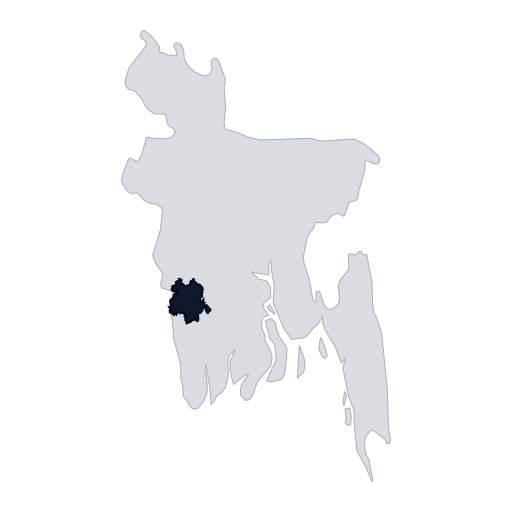 Jessore, Khulna, Bangladesh (highlighted)
{"feature_id": "16705992B28022870637862", "entity_name": "Jessore", "entity_type": "district", "adm_level": 2, "iso_a3": "BGD", "parent_name": "Bangladesh", "parent_adm1": "Khulna", "projection": "equal_earth", "projection_center": [89.196, 23.085], "detail": "fine", "context": "in_parent", "style": "filled", "palette": "ink", "viewbox_px": 512, "rotation_deg": 0, "n_neighbors": 0, "source": "geoboundaries", "source_scale": "gbopen_adm2", "svg_char_len": 9529}
<svg xmlns="http://www.w3.org/2000/svg" viewBox="0 0 512 512"><path d="M180.8,378.8L180.7,364.6L173.2,336.6L173.6,333.5L172.0,320.1L170.1,312.6L169.1,304.7L173.6,293.2L171.8,291.4L161.8,287.9L160.6,284.9L162.8,273.7L155.5,263.1L152.7,255.2L160.4,229.6L162.4,211.8L161.8,208.4L157.1,204.4L148.8,202.8L142.9,199.5L139.5,194.5L136.5,192.5L132.9,194.0L128.3,192.0L124.5,187.0L121.3,181.0L122.6,174.4L128.7,158.7L130.9,158.3L136.2,161.3L138.1,161.3L141.6,155.1L146.5,137.5L163.3,139.0L167.3,138.5L171.6,137.1L173.9,134.8L175.1,132.0L174.7,129.6L169.5,126.3L167.5,123.8L166.1,116.8L164.6,114.1L154.4,113.8L149.2,110.5L146.3,107.6L141.2,98.1L134.8,91.0L128.7,89.3L126.4,87.0L125.1,83.4L125.9,78.1L129.0,68.0L145.7,46.3L146.2,43.8L145.5,41.1L140.6,37.6L140.3,35.9L141.7,31.3L144.5,30.7L150.3,34.9L156.1,41.6L159.6,47.5L159.7,52.3L164.3,53.2L168.1,55.3L172.0,54.7L174.6,55.8L176.3,55.4L176.9,52.7L173.6,45.8L175.2,43.0L179.0,43.1L181.8,45.7L183.8,51.0L184.2,59.2L188.7,66.6L194.6,71.9L199.3,74.3L204.9,76.0L209.7,74.4L212.1,69.2L211.0,64.6L211.7,60.4L213.6,58.1L216.6,58.3L218.9,61.6L225.4,79.3L224.1,87.2L225.6,108.7L224.0,123.0L225.0,128.5L226.1,129.4L236.0,132.1L250.3,137.8L261.2,139.9L310.6,138.3L321.4,141.1L354.4,139.0L363.4,143.5L373.2,150.9L378.8,156.4L379.8,159.6L379.2,162.3L377.4,163.8L374.0,163.8L366.2,160.3L364.9,161.3L364.9,169.9L358.7,191.4L357.9,198.1L355.7,200.7L349.2,202.1L344.9,214.6L343.2,216.2L338.9,213.4L336.2,213.8L332.8,215.0L329.5,217.9L327.2,221.5L324.6,222.7L315.4,222.5L313.6,228.3L307.6,236.0L303.5,256.2L303.9,262.4L309.1,278.6L312.8,299.7L314.2,301.8L315.9,302.0L316.0,292.3L317.7,291.1L319.8,292.2L324.3,305.2L326.7,308.5L330.6,309.4L335.0,307.4L338.2,303.6L339.5,299.5L338.3,285.4L340.3,279.6L347.8,271.0L348.9,268.4L348.3,254.3L351.1,253.8L354.9,254.9L359.7,251.5L361.2,251.5L363.3,255.1L366.7,254.5L372.0,282.5L372.6,302.4L373.9,313.4L375.8,315.9L381.6,332.4L387.5,390.8L388.4,428.0L390.7,440.7L388.9,443.5L387.0,444.0L385.3,439.6L373.0,430.2L370.0,431.1L365.9,436.6L364.2,441.7L365.0,448.8L366.4,455.9L369.3,459.9L369.6,464.4L373.0,481.2L372.0,481.3L365.3,466.0L357.0,451.0L354.2,424.1L354.0,410.9L348.3,395.3L342.9,368.2L345.1,358.7L341.3,362.8L335.1,346.6L325.5,330.7L322.7,323.7L322.5,316.8L318.4,323.7L312.9,328.5L307.2,335.8L303.4,338.0L291.4,339.3L284.4,329.6L274.4,305.8L273.1,300.5L274.3,286.5L271.9,273.3L271.2,261.6L269.4,262.7L268.7,265.9L269.1,270.8L268.4,274.9L251.7,272.2L258.9,279.2L266.5,280.8L270.5,287.0L270.8,297.4L263.3,303.6L264.0,308.9L268.4,315.3L263.1,317.1L261.7,321.3L261.6,327.2L265.3,336.4L264.7,340.0L271.0,352.0L272.2,357.7L270.7,365.9L257.1,382.4L253.2,394.0L249.8,399.5L245.6,400.5L240.5,395.0L240.4,389.3L241.4,384.8L248.5,373.9L244.7,375.3L233.6,384.4L231.5,377.0L230.1,370.3L230.0,362.0L235.4,349.6L229.3,355.7L227.7,363.5L228.4,372.6L227.7,379.0L225.3,387.4L222.1,392.5L216.9,395.7L214.6,400.7L211.1,404.4L209.8,387.4L206.0,364.5L205.2,369.4L207.2,383.6L207.1,392.9L204.2,400.2L198.5,408.0L194.1,409.2L191.5,407.9L183.3,396.1L182.6,385.0L180.8,378.8ZM281.8,379.1L271.6,381.9L266.4,381.0L276.0,360.5L275.7,351.3L274.1,343.8L269.2,337.7L268.9,333.4L266.7,327.6L265.5,320.7L271.0,318.5L275.4,322.4L277.0,330.2L279.2,336.1L286.9,348.1L286.8,355.5L284.8,373.6L281.8,379.1ZM303.6,372.4L297.4,377.9L299.3,345.4L303.9,357.5L305.1,363.9L303.6,372.4ZM327.2,356.2L324.5,358.5L322.0,356.5L318.7,348.8L320.2,339.2L321.2,337.8L325.2,347.7L327.2,356.2ZM350.6,424.8L347.1,425.2L345.3,422.8L346.1,419.6L345.1,409.0L349.6,408.0L351.3,416.8L350.6,424.8ZM346.5,395.3L343.9,405.8L342.9,401.1L344.6,391.9L346.5,395.3ZM273.6,310.7L274.6,314.1L268.9,309.7L267.4,306.7L269.9,305.0L273.6,310.7Z" fill="#d9dde1" stroke="#a8b0b8" stroke-width="1"/><path d="M192.9,278.9L192.7,279.2L192.7,279.5L192.4,279.7L192.6,280.6L192.5,280.9L192.6,281.0L192.0,281.1L191.8,280.9L191.5,280.9L191.7,281.3L191.9,281.3L192.1,281.6L192.0,282.1L191.3,282.5L191.1,282.3L191.1,282.5L190.8,282.5L190.7,282.8L190.3,283.0L190.1,282.4L189.7,283.6L189.9,283.8L189.9,284.2L189.5,285.0L188.8,285.2L187.8,285.1L187.7,285.6L187.2,285.7L186.4,285.4L186.2,286.3L185.6,286.1L185.4,286.4L184.6,286.0L184.1,285.5L184.1,284.8L183.9,284.5L183.7,284.8L183.2,284.1L182.4,283.6L181.2,284.0L180.6,284.9L180.4,284.6L181.0,283.8L181.6,283.4L181.5,282.2L181.0,281.9L180.9,281.5L181.1,281.1L181.3,281.0L181.4,280.8L181.7,280.8L181.9,280.2L181.7,280.0L181.7,279.7L181.3,279.8L181.1,279.7L181.0,279.9L180.8,279.9L180.2,279.7L180.3,278.8L179.8,278.8L179.6,278.6L179.2,278.6L179.3,278.8L179.2,278.8L179.1,279.0L178.6,279.1L178.8,279.5L179.2,279.6L179.4,280.0L179.9,280.1L179.8,280.4L179.0,280.7L178.4,281.2L178.1,281.1L178.1,280.9L177.0,281.1L176.7,281.0L175.8,282.0L175.5,282.1L176.0,283.6L175.6,284.1L175.8,284.2L175.7,284.3L175.9,284.5L175.9,284.9L175.8,285.2L175.1,285.6L174.9,285.4L174.7,285.5L174.7,285.4L174.6,285.5L174.0,285.4L173.9,285.9L173.2,286.2L172.9,285.9L172.0,286.0L172.0,286.3L172.2,286.1L172.6,286.3L172.7,286.2L173.0,286.8L172.8,287.4L172.7,287.2L172.5,287.6L172.4,287.4L172.3,287.5L172.3,287.9L172.6,288.0L172.7,288.3L172.4,288.6L171.8,288.5L171.5,288.7L171.5,289.8L171.9,289.7L172.3,289.4L172.3,289.5L172.4,289.4L172.7,289.5L173.0,290.4L172.9,291.2L173.0,291.2L173.2,290.9L173.0,290.7L173.4,290.8L173.5,290.8L173.8,290.9L173.7,291.3L174.5,291.7L174.8,291.7L175.1,291.3L175.7,291.0L176.1,290.4L176.3,290.4L176.5,291.0L176.3,290.5L176.4,290.3L176.7,290.4L176.7,291.0L176.9,290.5L177.2,290.9L177.6,291.1L177.3,291.2L177.0,291.0L176.7,291.2L176.7,291.4L177.0,291.6L177.1,292.0L176.7,292.7L176.8,292.8L176.6,293.1L176.7,293.5L176.6,293.4L176.4,293.6L176.4,292.8L175.6,292.7L175.4,293.0L175.3,293.6L174.7,293.7L174.6,294.0L174.3,294.0L174.0,294.6L174.0,295.2L173.6,295.1L173.8,295.1L173.6,295.1L173.8,295.3L173.9,295.6L173.8,296.6L173.4,296.5L173.2,296.6L173.0,297.7L172.6,297.7L172.0,299.0L171.6,299.4L171.0,299.1L170.9,299.3L171.0,299.6L170.2,299.9L170.2,300.2L170.5,300.3L170.5,300.8L170.3,300.9L170.3,301.1L170.0,301.1L169.9,301.6L170.0,301.7L169.7,301.7L169.7,301.8L170.1,302.1L170.2,302.5L170.5,302.6L170.5,304.3L171.1,304.6L171.1,305.0L171.0,304.9L170.8,305.3L170.9,305.8L170.7,305.9L170.4,306.4L170.5,307.0L170.8,307.1L170.8,307.3L170.6,307.6L168.8,307.0L169.2,307.7L169.7,307.6L170.0,307.8L170.0,308.9L170.3,309.5L169.6,310.0L169.4,310.4L169.4,311.1L169.6,312.3L170.2,311.6L170.5,311.9L170.8,311.4L171.7,311.5L171.6,312.7L171.2,312.9L171.4,313.4L172.3,313.9L172.5,314.1L173.1,313.7L172.9,314.4L173.0,314.6L173.4,314.5L173.7,314.1L173.8,314.2L173.7,314.4L174.0,314.5L174.1,314.4L174.1,314.7L174.3,314.5L174.6,314.2L174.8,313.9L175.3,314.3L175.2,314.6L175.5,314.4L175.7,314.1L176.1,314.0L176.3,314.4L176.4,313.9L176.8,314.0L177.4,314.4L177.1,314.1L177.4,313.9L177.2,313.5L177.3,313.1L177.0,312.5L177.3,312.1L178.7,312.0L179.1,312.6L179.9,313.3L180.3,312.4L180.5,312.4L180.5,313.0L180.7,313.3L180.9,313.0L181.2,312.8L182.0,313.1L182.4,312.6L182.7,313.2L183.6,313.9L183.9,313.7L184.1,313.3L184.1,313.1L183.7,312.6L184.3,312.2L184.5,312.2L184.2,312.8L184.5,313.2L185.1,313.5L186.1,315.8L186.0,316.3L185.9,316.4L184.7,315.3L184.3,316.1L184.3,316.6L185.1,317.5L185.3,317.9L185.0,319.3L185.1,320.2L185.8,321.3L186.3,321.4L186.3,320.7L186.8,321.0L187.1,321.4L187.0,322.6L186.3,322.9L186.1,323.1L186.2,323.6L186.5,323.8L187.3,323.3L187.6,322.1L187.9,321.9L188.3,322.5L188.4,322.2L188.7,322.2L189.3,322.6L189.5,322.5L189.9,322.0L190.2,322.1L190.3,321.8L190.9,321.8L191.1,321.5L191.4,321.5L191.5,321.3L191.3,321.1L191.7,320.7L192.2,320.7L192.5,319.9L192.7,319.7L192.9,320.0L193.4,320.2L193.5,320.0L193.4,319.4L193.8,319.5L194.0,319.3L194.5,319.6L194.6,318.6L194.9,318.7L195.1,319.2L195.9,319.4L195.6,319.7L195.1,319.8L195.1,320.1L197.0,320.5L197.0,320.9L196.6,321.1L196.6,321.3L198.2,321.0L198.4,320.6L198.3,320.2L198.4,319.6L198.3,319.3L198.6,319.0L198.7,318.7L198.5,318.4L197.9,318.1L198.1,317.6L198.4,317.7L198.6,317.2L198.6,316.8L198.3,316.5L198.4,316.1L198.0,315.1L197.6,314.9L197.7,314.1L199.0,313.8L199.2,313.2L199.6,312.9L200.3,313.1L200.9,313.0L200.7,312.6L200.9,312.3L201.2,312.2L201.5,311.2L202.7,310.8L202.9,309.7L202.9,308.2L203.3,307.7L203.4,307.2L204.2,307.0L204.7,307.2L204.9,308.2L205.7,309.6L205.9,310.4L206.0,311.5L206.5,312.3L207.7,313.5L208.1,313.3L208.3,312.3L209.6,311.6L210.7,310.1L210.5,309.1L209.8,309.7L209.2,309.1L209.0,308.1L208.9,308.0L208.8,307.7L208.6,307.6L208.7,307.3L208.2,307.2L208.3,306.8L207.6,306.6L207.3,305.7L207.1,305.2L206.4,304.9L205.1,305.3L204.8,305.1L204.5,304.6L204.3,303.6L204.0,303.9L203.7,303.5L203.7,302.6L204.3,302.5L203.5,302.1L203.7,300.7L203.6,298.9L203.2,299.5L202.8,300.3L202.3,300.8L202.1,301.3L201.1,301.2L201.0,301.4L201.1,301.8L200.3,301.2L200.5,299.5L200.1,297.7L199.9,297.2L200.6,296.7L200.7,296.8L200.7,296.5L201.1,296.6L201.1,296.9L201.3,297.0L201.6,296.7L202.3,296.8L202.3,296.4L201.7,295.8L201.7,295.5L202.0,295.4L202.0,295.0L201.9,295.1L201.9,294.7L202.2,294.7L202.1,294.2L202.3,294.1L202.5,293.5L202.4,292.9L202.5,291.6L202.3,290.7L202.5,290.9L202.4,290.2L202.1,290.3L202.2,289.9L203.1,289.6L202.7,289.1L202.6,288.8L202.5,288.1L202.6,287.6L202.2,286.9L201.7,286.8L201.7,286.6L201.1,286.3L200.8,285.7L200.3,285.6L200.1,285.3L199.8,285.3L199.9,285.1L199.6,285.2L199.5,284.4L199.3,284.2L199.2,284.2L199.0,284.7L198.7,284.6L198.6,285.0L198.1,285.6L197.9,285.6L197.8,284.9L197.5,284.1L196.8,284.5L196.6,284.4L196.8,283.6L196.4,282.5L196.1,282.4L195.9,283.0L195.3,282.0L195.0,282.0L194.3,281.2L194.4,280.5L194.2,280.6L193.7,280.0L193.8,279.6L194.0,279.4L193.9,279.0L193.4,279.0L193.3,278.7L192.9,278.9Z" fill="#0f172a" stroke="#020617" stroke-width="1.5"/></svg>